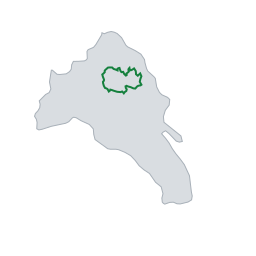 Santiago on a map of Dominican Republic (Mercator projection), rotated 43°
{"feature_id": "DOM-1390", "entity_name": "Santiago", "entity_type": "Province", "adm_level": 1, "iso_a3": "DOM", "parent_name": "Dominican Republic", "parent_adm1": "", "projection": "mercator", "projection_center": [-70.906, 19.338], "detail": "fine", "context": "in_parent", "style": "outline", "palette": "green", "viewbox_px": 256, "rotation_deg": 43, "n_neighbors": 0, "source": "natural_earth", "source_scale": "10m", "svg_char_len": 2402}
<svg xmlns="http://www.w3.org/2000/svg" viewBox="0 0 256 256"><g transform="rotate(43 128 128)"><path d="M44.6,168.7L44.9,159.6L46.2,155.9L45.0,152.1L39.2,147.9L35.6,142.6L32.5,138.0L33.2,137.3L39.5,137.1L41.7,135.3L45.9,130.5L46.8,126.6L46.4,123.7L43.7,120.2L42.6,116.5L46.0,113.3L50.4,108.6L51.0,106.8L50.9,105.0L45.8,100.0L45.4,97.9L47.8,92.5L47.6,88.9L45.2,77.8L44.0,76.1L46.4,75.2L47.9,71.8L49.9,68.9L52.6,67.3L55.6,66.3L61.7,66.3L70.0,68.9L72.4,68.9L80.4,66.5L87.1,65.2L93.4,66.7L95.9,68.7L101.1,71.9L103.7,72.9L111.9,72.8L114.1,73.1L121.0,78.4L126.7,80.5L130.1,80.6L136.1,78.6L139.1,78.7L142.5,83.2L143.2,89.6L146.1,95.5L150.4,99.3L172.1,97.7L176.9,100.8L175.2,103.3L172.2,104.7L161.9,104.1L157.4,104.4L156.5,106.9L156.5,109.3L162.5,109.9L168.4,111.0L174.4,112.9L180.5,114.2L187.4,115.1L194.2,116.4L205.5,121.0L217.9,131.5L221.3,133.9L223.5,137.2L222.4,141.2L218.0,147.9L215.5,150.0L211.8,151.3L209.2,154.0L206.8,158.6L205.3,159.0L203.6,158.8L200.6,156.2L198.4,152.2L192.4,148.4L185.2,148.9L174.7,146.6L168.3,147.7L161.9,148.0L155.4,146.8L148.8,146.4L142.3,147.9L135.9,150.3L133.6,151.8L129.5,155.6L127.3,157.0L111.8,158.9L107.4,156.1L103.2,152.3L97.3,151.8L88.6,154.7L83.2,155.8L81.0,157.1L80.4,158.5L80.4,163.8L79.2,167.0L70.8,179.0L66.0,187.6L64.1,190.2L61.8,190.8L57.7,185.9L55.0,184.1L51.7,183.2L50.4,180.6L50.4,176.9L49.6,173.3L47.5,170.5L44.6,168.7Z" fill="#d9dde1" stroke="#a8b0b8" stroke-width="1"/><path d="M108.3,87.2L108.1,88.3L107.3,89.2L106.6,90.4L106.3,91.7L106.4,93.0L106.4,94.2L105.6,94.8L104.8,95.4L102.1,96.3L99.5,97.7L98.2,98.1L97.8,99.2L99.1,100.2L100.7,100.6L101.5,102.1L101.1,103.9L101.3,105.5L99.9,105.3L98.8,105.3L98.1,106.8L95.4,108.9L92.1,110.5L90.4,111.2L88.9,112.0L89.3,113.1L89.1,114.4L87.7,113.9L86.4,113.5L85.1,113.8L83.9,114.4L81.5,113.6L79.2,112.2L78.2,111.3L78.1,109.9L77.6,109.1L76.7,108.6L74.6,107.6L72.7,106.4L72.9,104.7L72.9,103.0L72.0,102.2L71.8,101.0L72.0,99.3L72.1,97.6L72.9,96.6L73.8,95.8L74.5,95.1L75.3,94.5L76.2,94.6L77.2,94.6L79.1,93.7L81.1,93.0L80.7,92.5L80.0,92.0L80.1,90.9L80.8,89.9L82.2,90.7L83.7,91.4L84.5,91.6L85.3,91.5L85.8,90.7L86.2,90.2L88.4,91.1L90.7,91.1L90.9,90.1L89.7,89.2L90.0,87.6L90.1,86.1L89.3,85.6L88.6,85.2L88.1,84.2L88.1,83.1L89.3,84.0L90.7,83.9L91.4,82.2L91.8,80.3L93.4,80.7L94.9,81.1L96.0,82.1L97.2,83.2L99.5,83.1L99.7,79.8L102.5,81.0L103.6,83.7L105.1,86.2L108.3,87.2Z" fill="none" stroke="#15803d" stroke-width="2"/></g></svg>